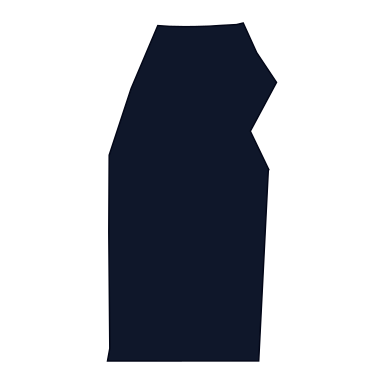 outline of El Arish 4, Shamal Sina', Egypt
{"feature_id": "37247803B14702199074319", "entity_name": "El Arish 4", "entity_type": "district", "adm_level": 2, "iso_a3": "EGY", "parent_name": "Egypt", "parent_adm1": "Shamal Sina'", "projection": "albers", "projection_center": [33.619, 30.865], "detail": "fine", "context": "isolated", "style": "filled", "palette": "ink", "viewbox_px": 384, "rotation_deg": 0, "n_neighbors": 0, "source": "geoboundaries", "source_scale": "gbopen_adm2", "svg_char_len": 361}
<svg xmlns="http://www.w3.org/2000/svg" viewBox="0 0 384 384"><path d="M258.7,360.9L268.3,170.3L268.8,169.7L250.3,131.2L276.5,82.4L256.7,52.7L243.2,23.0L236.5,24.6L220.0,25.5L209.3,26.2L195.1,26.6L184.8,26.7L169.4,26.4L157.8,25.6L131.1,88.6L109.2,155.1L108.8,231.7L109.8,348.4L107.5,361.0L258.7,360.9Z" fill="#0f172a" stroke="#020617" stroke-width="1.5"/></svg>